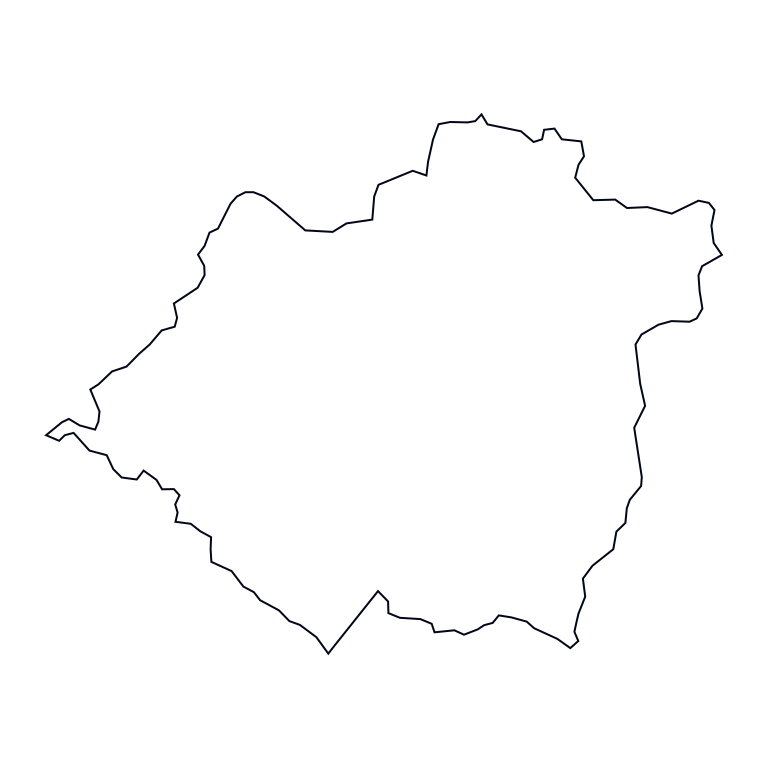 Caraá, Rio Grande do Sul, Brazil (Mercator projection)
{"feature_id": "56859067B89739893768390", "entity_name": "Caraá", "entity_type": "district", "adm_level": 2, "iso_a3": "BRA", "parent_name": "Brazil", "parent_adm1": "Rio Grande do Sul", "projection": "mercator", "projection_center": [-50.349, -29.77], "detail": "fine", "context": "isolated", "style": "outline", "palette": "ink", "viewbox_px": 768, "rotation_deg": 0, "n_neighbors": 0, "source": "geoboundaries", "source_scale": "gbopen_adm2", "svg_char_len": 1842}
<svg xmlns="http://www.w3.org/2000/svg" viewBox="0 0 768 768"><path d="M721.9,254.9L713.7,243.0L711.4,225.7L714.5,210.0L708.9,202.9L698.5,200.7L671.8,213.6L647.4,207.1L627.0,208.0L615.2,199.6L593.3,200.2L575.2,177.7L578.5,164.8L584.0,156.3L581.3,141.4L561.8,139.3L554.5,128.6L544.1,129.8L542.1,139.3L533.6,142.0L521.0,131.3L487.5,124.4L481.5,114.4L475.3,121.1L467.6,122.4L450.3,122.0L438.6,124.2L433.0,139.6L428.1,161.6L426.4,175.5L412.7,170.8L378.5,184.8L374.2,196.5L372.3,219.6L346.5,223.4L332.7,231.9L305.3,230.4L276.9,205.8L264.3,196.5L253.5,192.2L245.4,192.2L236.9,196.5L230.5,203.8L218.0,228.6L209.5,232.6L204.6,245.9L198.0,254.6L204.2,265.8L204.6,275.1L197.7,287.7L173.9,303.5L177.1,317.9L174.7,326.7L161.7,330.4L149.7,344.5L139.1,353.8L126.5,366.6L112.1,371.4L98.4,384.4L90.3,389.5L99.5,411.5L98.4,421.6L95.1,429.6L79.6,425.4L68.9,418.9L62.0,422.2L46.1,435.2L59.1,440.8L64.8,435.2L73.6,432.9L89.5,450.6L106.7,455.2L113.3,469.2L121.7,477.5L136.8,479.5L143.6,470.6L156.5,479.9L162.1,489.3L173.9,489.1L179.5,495.3L175.2,504.5L177.6,512.5L175.5,521.8L190.8,523.8L200.2,531.2L211.1,537.2L210.6,549.4L211.4,561.9L231.6,571.1L243.4,586.6L253.9,592.2L260.1,600.2L279.0,610.4L289.4,621.1L299.9,624.9L316.4,637.2L328.3,653.6L334.7,645.4L378.0,591.1L388.1,601.5L388.4,613.1L399.9,617.8L420.4,619.1L431.7,623.8L434.5,632.3L454.4,630.3L464.0,634.7L477.7,629.4L484.1,625.2L492.7,622.9L498.8,615.4L511.4,617.4L526.7,621.6L534.1,628.2L557.4,638.9L570.3,648.1L578.3,641.0L574.4,631.8L576.4,622.5L578.5,613.6L585.2,596.7L582.9,578.6L592.5,565.7L613.3,549.2L616.4,531.6L625.4,522.9L626.8,508.3L629.8,499.8L641.1,486.0L641.8,477.1L634.2,427.8L645.1,405.8L640.2,383.9L635.5,344.5L641.5,334.5L658.5,324.7L671.4,321.1L689.6,321.7L696.7,318.4L702.4,308.6L699.6,291.0L698.5,275.4L702.1,266.2L721.9,254.9Z" fill="none" stroke="#020617" stroke-width="2"/></svg>